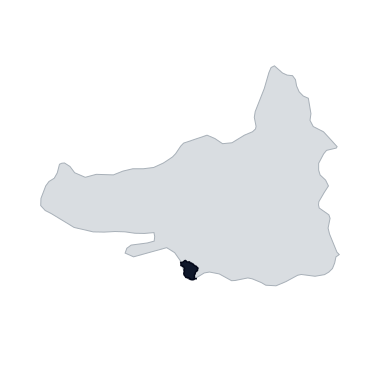 Cabrera, María Trinidad Sánchez, Dominican Republic (highlighted), rotated 169°
{"feature_id": "3306468B70752003572919", "entity_name": "Cabrera", "entity_type": "district", "adm_level": 2, "iso_a3": "DOM", "parent_name": "Dominican Republic", "parent_adm1": "María Trinidad Sánchez", "projection": "robinson", "projection_center": [-69.932, 19.577], "detail": "fine", "context": "in_parent", "style": "filled", "palette": "ink", "viewbox_px": 384, "rotation_deg": 169, "n_neighbors": 0, "source": "geoboundaries", "source_scale": "gbopen_adm2", "svg_char_len": 4376}
<svg xmlns="http://www.w3.org/2000/svg" viewBox="0 0 384 384"><g transform="rotate(169 192 192)"><path d="M59.9,261.8L60.3,246.2L62.5,239.8L60.5,233.1L51.4,226.0L45.8,216.9L40.9,208.8L42.0,207.6L52.0,207.2L55.5,204.3L62.2,196.0L63.5,189.3L63.0,184.3L58.6,178.2L56.9,171.9L62.3,166.3L69.4,158.2L70.3,155.1L70.2,152.0L62.0,143.5L61.5,139.8L65.3,130.6L65.0,124.4L61.2,105.3L59.4,102.5L63.1,100.8L65.5,95.1L68.7,90.1L72.9,87.3L77.7,85.6L87.3,85.8L100.5,90.2L104.2,90.1L116.9,86.1L127.4,83.9L137.3,86.4L141.3,89.9L149.5,95.3L153.6,97.0L166.5,96.9L170.1,97.4L180.9,106.4L190.1,110.1L195.4,110.2L204.9,106.7L209.6,106.8L215.0,114.6L216.1,125.7L220.6,135.8L227.5,142.2L261.7,139.5L269.3,144.8L266.7,149.2L261.9,151.5L245.6,150.5L238.5,151.0L237.1,155.4L237.1,159.4L246.6,160.4L255.9,162.4L265.4,165.7L275.1,167.9L285.9,169.4L296.6,171.7L314.5,179.7L334.3,197.7L339.6,201.8L343.1,207.5L341.5,214.5L334.4,225.9L330.4,229.6L324.6,231.8L320.6,236.5L316.8,244.5L314.4,245.1L311.6,244.8L306.9,240.3L303.5,233.3L294.0,226.8L282.6,227.6L265.9,223.8L255.8,225.7L245.7,226.1L235.3,224.1L224.9,223.4L214.6,225.9L204.5,230.1L200.8,232.7L194.3,239.2L190.9,241.6L166.4,244.9L159.3,240.1L152.8,233.6L143.4,232.7L129.7,237.8L121.1,239.6L117.6,241.8L116.6,244.2L116.6,253.4L114.6,258.9L101.3,279.8L93.7,294.6L90.6,299.1L87.0,300.1L80.5,291.6L76.3,288.6L71.1,287.0L69.0,282.5L69.1,276.1L67.7,269.9L64.5,265.0L59.9,261.8Z" fill="#d9dde1" stroke="#a8b0b8" stroke-width="1"/><path d="M215.4,124.8L216.5,125.0L216.5,124.9L216.5,124.7L216.5,124.2L216.5,123.7L216.6,123.4L216.5,123.2L216.5,122.9L216.7,122.6L216.8,122.5L216.8,122.4L216.8,122.2L216.7,122.2L216.4,122.1L216.4,121.9L216.5,121.9L216.5,122.0L216.6,121.9L216.4,121.8L216.2,121.6L215.6,121.5L215.5,121.4L215.4,121.4L215.2,121.2L215.3,121.0L215.2,121.0L215.1,120.9L215.1,120.7L214.9,120.6L214.8,120.4L214.7,120.4L214.5,120.2L214.4,120.0L214.4,119.8L214.3,119.6L214.2,119.5L214.1,119.2L214.0,118.8L213.9,118.8L213.9,118.7L213.9,118.3L214.0,118.3L214.0,118.2L214.3,118.0L214.4,117.9L214.4,117.7L214.3,117.8L214.3,117.7L214.5,117.5L214.5,117.4L214.6,117.2L214.7,116.9L214.6,116.7L214.7,116.4L214.7,116.2L214.6,115.9L214.7,115.3L214.8,115.2L214.8,114.9L215.0,114.6L215.2,114.4L215.3,114.3L215.4,114.2L215.5,114.0L215.5,113.9L215.5,113.7L215.6,113.2L215.6,112.8L215.6,112.5L215.5,112.4L215.5,112.2L215.4,112.2L215.4,111.9L215.3,111.7L215.2,111.6L215.2,111.4L215.0,111.2L214.9,110.9L214.8,110.7L214.7,110.5L214.7,110.3L214.6,110.2L214.5,109.9L214.4,109.9L214.3,109.7L214.3,109.4L214.2,109.3L214.1,109.2L213.9,109.2L213.7,109.1L213.4,109.1L213.2,109.0L212.9,108.9L212.9,108.7L212.7,108.6L212.6,108.4L212.4,108.4L212.4,108.5L212.2,108.7L211.9,108.7L211.7,108.6L211.6,108.4L211.5,108.2L211.4,108.2L211.3,107.9L211.2,107.8L211.1,107.7L211.3,107.6L211.3,107.3L211.2,107.3L210.8,107.3L210.8,107.2L210.7,107.0L210.7,106.9L210.6,106.7L210.4,106.5L210.0,106.5L209.9,106.6L209.8,106.4L209.7,106.3L209.6,106.2L209.4,106.1L209.2,106.0L208.9,106.0L208.8,105.9L208.6,105.8L208.4,105.9L208.3,106.0L208.2,106.0L207.9,106.0L207.9,105.9L207.5,105.8L207.4,105.8L207.2,105.8L207.0,106.0L206.9,105.9L207.0,105.7L206.9,105.7L206.7,105.8L206.7,106.0L206.3,106.2L206.2,106.2L206.1,106.3L205.9,106.2L205.7,106.1L205.4,106.2L205.4,106.3L205.1,106.3L204.8,106.3L204.6,106.2L204.4,106.0L204.2,106.0L203.9,106.0L204.3,106.2L204.7,106.4L204.8,106.4L205.9,106.4L205.9,107.0L206.1,107.6L206.1,107.9L206.0,108.1L205.8,108.5L205.7,108.7L205.6,108.9L205.6,109.8L205.3,110.4L205.2,110.6L204.8,110.7L204.7,110.8L204.5,111.2L204.1,112.1L203.9,112.5L203.0,113.3L202.8,113.3L202.3,113.4L202.2,113.5L201.9,114.1L201.5,114.2L201.3,114.4L201.3,114.5L201.4,115.0L201.4,115.3L201.2,115.7L200.8,115.8L200.7,116.2L200.8,116.4L201.0,116.6L201.2,116.8L201.5,116.9L201.6,117.1L201.7,117.3L201.7,117.8L201.9,118.1L202.0,118.2L202.2,118.4L202.7,118.5L202.9,118.5L203.1,118.9L203.3,119.3L203.9,119.7L204.2,119.8L204.3,119.9L204.4,120.1L204.4,120.7L204.5,120.9L204.6,121.0L205.2,121.2L205.3,121.2L205.5,121.6L205.7,121.9L205.8,122.1L206.3,122.4L206.5,122.5L207.1,122.3L207.3,122.4L207.5,122.8L207.6,123.6L207.7,123.8L207.9,123.9L208.7,123.9L209.1,124.1L209.9,124.1L210.0,124.2L210.5,124.4L210.6,124.6L210.8,125.2L211.0,125.5L211.4,125.9L211.5,126.0L211.9,126.0L212.2,126.0L212.8,125.7L213.3,125.3L213.7,125.2L214.0,125.0L215.0,124.8L215.4,124.8Z" fill="#0f172a" stroke="#020617" stroke-width="1.5"/></g></svg>